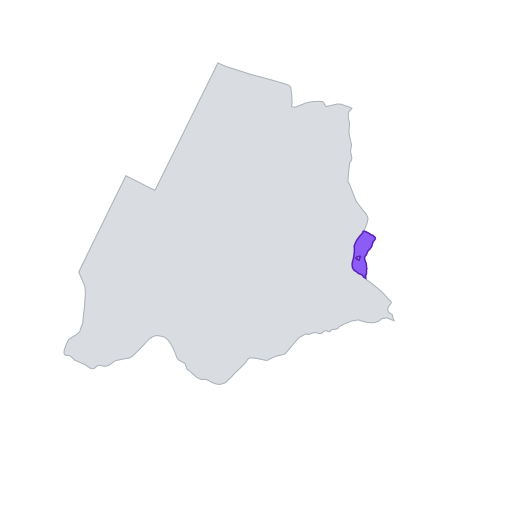 where North-East sits in Botswana, rotated 27°
{"feature_id": "BWA-4853", "entity_name": "North-East", "entity_type": "District", "adm_level": 1, "iso_a3": "BWA", "parent_name": "Botswana", "parent_adm1": "", "projection": "natural_earth1", "projection_center": [27.629, -21.012], "detail": "fine", "context": "in_parent", "style": "filled", "palette": "violet", "viewbox_px": 512, "rotation_deg": 27, "n_neighbors": 0, "source": "natural_earth", "source_scale": "10m", "svg_char_len": 4187}
<svg xmlns="http://www.w3.org/2000/svg" viewBox="0 0 512 512"><g transform="rotate(27 256 256)"><path d="M274.5,81.0L273.8,82.9L273.3,85.7L273.9,87.8L275.3,90.6L277.2,93.0L278.6,94.5L280.3,98.1L282.1,102.5L284.3,106.0L291.0,114.0L291.7,116.9L292.7,119.8L296.9,125.2L297.5,127.0L297.2,130.7L301.5,141.9L304.4,148.4L306.8,149.6L314.4,156.5L321.0,162.1L328.8,165.8L334.5,168.3L337.3,170.1L338.8,171.8L339.9,175.2L340.5,180.9L340.7,184.7L346.8,184.5L351.9,184.9L353.7,185.6L354.3,186.7L354.2,189.2L354.2,192.8L354.5,195.8L354.0,199.0L353.6,202.7L353.4,207.3L354.1,209.1L359.0,214.9L361.1,218.7L363.3,224.4L364.5,226.2L365.6,227.0L370.0,227.6L381.4,230.0L388.4,232.2L393.9,234.4L396.3,235.0L397.4,235.6L397.8,236.2L397.1,241.1L397.3,242.7L397.9,244.2L398.9,245.3L400.0,246.0L404.2,246.5L406.8,249.6L408.4,251.0L400.7,251.7L397.0,254.2L394.7,258.7L391.3,262.0L386.6,264.2L381.7,265.6L376.4,266.4L370.9,270.3L365.0,277.2L362.0,281.6L361.8,283.4L360.5,285.0L358.0,286.3L356.6,287.9L356.2,289.7L354.9,290.6L352.5,290.5L350.9,291.9L349.9,294.7L347.8,296.4L344.6,296.9L341.8,298.5L339.5,301.1L337.7,302.4L336.4,302.4L334.5,304.5L331.3,309.4L330.7,311.6L326.4,330.1L324.0,332.3L319.4,336.1L315.6,340.6L314.0,343.3L312.3,344.5L303.7,346.8L300.5,347.9L296.6,349.7L295.7,351.3L294.8,357.0L292.1,365.1L290.0,371.2L288.6,376.4L286.2,382.9L284.1,385.1L281.7,387.1L278.6,388.1L274.3,388.7L270.4,388.5L267.4,388.6L263.2,390.9L259.3,391.1L253.2,389.8L248.1,388.5L245.9,388.2L241.4,383.9L238.6,384.0L234.2,383.7L231.8,382.7L229.5,380.5L224.6,376.2L219.7,372.8L215.4,370.7L211.5,369.8L207.7,370.6L204.8,371.5L203.6,372.0L201.4,373.8L199.1,377.2L197.2,382.5L196.5,385.7L194.4,392.6L191.6,400.9L190.3,403.3L188.7,405.1L186.3,406.6L178.2,413.2L174.2,420.6L171.7,422.8L168.6,423.8L166.0,424.4L164.6,425.6L163.0,429.4L161.6,430.7L160.1,431.2L155.4,430.8L153.9,430.4L141.6,431.1L137.8,429.9L135.2,429.4L131.0,431.0L129.2,430.0L127.8,426.9L127.0,420.6L127.1,415.3L129.3,411.3L131.2,408.4L133.0,404.5L133.2,402.8L132.8,401.3L132.4,398.1L132.2,394.9L129.4,387.8L126.0,378.5L121.5,368.0L120.0,365.1L117.2,360.6L106.9,352.0L105.3,350.8L105.3,349.9L105.2,341.5L105.0,330.4L104.8,319.3L104.6,308.2L104.5,297.2L104.3,286.1L104.1,275.0L103.9,263.9L103.8,252.8L103.6,243.5L111.0,243.5L120.2,243.5L131.1,243.5L135.9,243.5L136.2,242.0L136.1,235.1L135.9,219.3L135.7,203.6L135.5,187.8L135.3,172.1L135.1,156.3L134.9,140.6L134.7,124.8L134.5,109.1L134.4,101.3L142.9,100.8L152.6,99.2L168.3,96.7L183.0,93.5L192.5,91.6L203.9,89.4L207.8,89.0L208.8,89.3L210.4,90.0L215.7,97.9L219.0,103.9L219.7,106.5L220.3,106.7L221.9,106.3L223.6,105.4L228.9,99.4L230.0,97.8L233.4,94.9L237.6,92.0L241.3,89.9L245.1,88.2L246.8,88.6L248.9,90.1L250.7,91.0L259.2,83.8L263.0,82.1L273.1,80.8L274.5,81.0Z" fill="#d9dde1" stroke="#a8b0b8" stroke-width="1"/><path d="M342.6,184.5L346.3,184.5L348.9,184.8L350.8,184.5L351.9,185.1L353.2,185.1L353.8,185.4L354.3,185.9L354.5,186.5L354.4,188.1L354.0,189.4L353.8,190.8L354.6,193.9L354.7,195.4L354.2,198.6L354.0,199.0L353.8,199.3L353.6,199.7L353.5,200.2L353.5,200.6L353.5,201.5L353.5,201.9L353.7,204.0L353.7,204.8L353.3,206.9L353.3,207.6L353.5,208.3L354.6,210.0L355.1,210.6L357.4,212.4L358.4,213.8L359.2,215.2L360.4,216.8L360.7,217.3L360.7,217.7L360.7,218.3L360.8,218.6L361.0,218.9L361.5,219.5L362.5,221.8L362.6,222.2L362.5,222.5L362.2,222.9L362.1,223.3L362.3,223.4L362.5,223.4L362.6,223.7L362.4,224.2L362.6,224.5L362.9,224.5L363.1,224.7L363.3,225.0L363.6,225.8L363.8,226.1L361.3,225.9L359.5,224.8L357.2,224.8L355.1,225.1L352.4,224.3L350.1,224.3L347.6,222.9L345.9,220.7L344.8,218.3L344.1,214.7L343.0,211.1L341.6,207.3L340.4,204.9L339.0,202.7L338.6,198.8L338.6,196.1L339.0,193.4L339.7,190.1L340.4,187.9L340.3,185.3L341.5,184.6L342.6,184.5ZM349.1,213.2L349.7,213.0L349.8,212.8L349.7,212.5L349.7,212.1L349.7,211.6L349.6,211.3L349.3,211.1L349.1,211.0L349.0,210.4L349.1,209.9L349.5,209.6L349.5,209.3L349.3,209.0L349.1,208.9L348.8,209.1L348.1,209.5L347.7,209.6L347.4,210.1L347.2,210.4L346.8,210.7L346.5,210.8L346.5,211.0L346.5,211.3L346.3,211.5L346.1,211.6L346.0,212.0L346.0,212.5L346.1,212.8L346.7,212.9L347.4,213.0L347.6,212.5L348.1,212.6L349.0,213.1L349.1,213.2Z" fill="#8b5cf6" stroke="#5b21b6" stroke-width="1.5"/></g></svg>